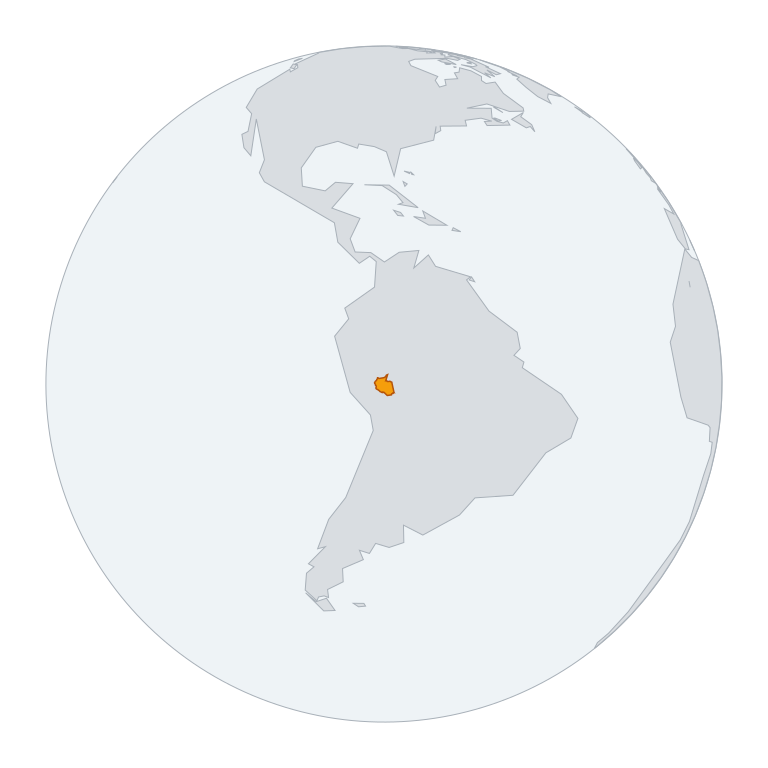 the Earth from above Madre de Dios, rotated 17°
{"feature_id": "PER-572", "entity_name": "Madre de Dios", "entity_type": "Department", "adm_level": 1, "iso_a3": "PER", "parent_name": "Peru", "parent_adm1": "", "projection": "orthographic", "projection_center": [-70.763, -11.651], "detail": "fine", "context": "on_globe", "style": "filled", "palette": "amber", "viewbox_px": 768, "rotation_deg": 17, "n_neighbors": 0, "source": "natural_earth", "source_scale": "10m", "svg_char_len": 7382}
<svg xmlns="http://www.w3.org/2000/svg" viewBox="0 0 768 768"><g transform="rotate(17 384 384)"><circle cx="384" cy="384" r="338" fill="#eef3f6" stroke="#a8b0b8"/><path d="M290.5,59.3L303.8,57.8L309.3,56.0L318.4,55.6L328.2,53.7L328.1,54.9L335.9,52.5L334.1,51.9L336.9,50.9L342.5,50.0L343.4,51.0L340.8,51.6L343.9,51.5L342.0,52.6L346.1,51.6L346.6,53.6L354.4,50.5L361.7,51.3L359.8,53.0L349.2,54.1L318.5,64.4L313.3,68.3L316.6,71.7L345.5,74.2L344.2,78.7L350.3,83.8L356.0,80.1L353.2,75.0L365.2,70.5L360.4,65.9L364.6,63.8L363.9,59.5L375.6,59.1L387.3,61.4L388.5,65.3L393.7,66.8L402.0,62.8L413.2,71.2L436.3,79.3L437.9,82.2L424.2,86.7L400.5,86.1L382.6,96.0L405.9,89.0L409.6,98.1L415.2,99.8L421.8,99.5L425.0,96.1L428.7,99.6L407.0,106.7L403.3,103.6L410.2,101.1L399.1,101.4L384.5,108.1L387.5,113.1L362.3,121.0L364.2,125.1L359.7,129.7L358.5,122.4L360.2,136.3L331.1,154.1L332.9,182.2L318.4,161.2L305.4,159.8L289.7,161.9L289.7,166.3L268.9,165.4L249.6,177.6L241.7,201.5L248.1,218.7L271.3,216.5L278.6,205.3L295.8,201.5L282.7,231.0L312.6,232.6L309.2,255.0L317.8,266.2L333.0,262.2L348.7,267.2L360.0,253.6L378.3,246.1L378.6,264.4L388.7,247.6L398.9,256.4L435.3,256.2L432.5,260.3L463.1,283.6L496.2,295.6L503.9,310.2L499.9,318.6L511.4,322.1L511.5,328.0L556.7,342.0L579.5,360.2L578.5,381.0L558.9,402.5L539.9,452.7L504.3,466.3L494.5,487.2L465.3,517.1L443.9,513.3L449.3,529.8L436.7,538.8L422.6,538.9L419.6,550.3L409.1,550.2L415.6,558.0L398.3,572.6L402.8,585.1L390.1,597.0L393.4,604.4L388.7,604.1L383.7,606.8L383.2,610.9L368.9,604.1L365.2,587.6L370.5,579.3L364.3,578.0L375.5,556.7L368.7,561.0L370.7,529.6L380.6,503.8L387.3,431.6L380.1,417.6L354.1,401.9L322.8,352.7L331.2,332.0L324.3,322.9L346.6,294.1L340.8,269.2L333.0,266.0L325.1,275.8L298.4,261.9L289.4,244.3L210.5,225.6L203.0,218.4L204.1,204.5L184.4,167.9L189.9,204.7L181.0,199.0L175.1,186.8L180.1,182.2L178.4,164.2L171.4,159.8L176.5,139.0L201.9,110.5L203.2,112.9L209.1,106.7L207.9,103.9L205.7,103.7L224.6,86.8L224.1,86.3L245.6,75.7L267.7,66.7L290.5,59.3ZM65.6,271.0L68.2,263.9L67.2,266.8L65.6,271.0ZM330.8,192.3L365.1,205.4L345.3,207.9L349.1,205.0L340.5,199.3L324.3,194.8L307.0,199.2L330.8,192.3ZM346.9,175.3L340.9,174.5L346.8,174.1L346.9,175.3ZM203.6,104.5L207.2,104.4L205.8,108.7L202.0,109.0L203.6,104.5ZM207.2,98.2L210.8,96.4L203.8,101.9L203.9,101.1L207.2,98.2ZM357.6,60.2L360.7,59.8L359.2,60.7L357.6,60.2ZM354.3,58.9L350.4,60.2L348.2,59.8L350.7,59.0L354.3,58.9ZM359.7,57.4L345.0,59.1L341.3,58.5L347.8,55.2L359.7,57.4ZM331.1,52.1L333.3,52.7L326.3,53.2L331.1,52.1ZM325.9,52.8L300.4,57.6L299.9,57.0L308.5,55.2L303.8,55.8L316.1,53.0L321.5,52.1L319.4,52.8L325.7,51.3L325.9,52.8ZM337.5,50.5L332.4,51.2L331.6,50.7L341.7,49.2L338.7,49.8L337.5,50.5ZM315.7,53.1L316.3,52.9L296.5,57.6L315.7,53.1ZM341.7,49.5L346.8,48.6L352.3,48.2L342.4,49.9L341.7,49.5ZM327.1,51.3L327.2,51.1L330.4,50.6L327.1,51.3ZM374.5,47.7L368.3,47.9L367.4,47.5L374.5,47.7ZM348.4,48.3L346.5,48.4L345.4,48.5L349.8,47.9L348.4,48.3ZM335.5,49.6L329.6,50.5L335.5,49.6ZM351.3,47.7L357.5,47.3L369.0,46.7L370.1,46.9L351.4,48.0L351.1,47.7L351.3,47.7ZM341.9,48.7L347.9,48.0L346.3,48.3L341.3,48.9L341.9,48.7ZM392.7,618.6L370.1,606.6L382.8,612.0L391.6,605.7L403.4,614.9L392.7,618.6ZM418.7,602.7L428.9,599.7L431.3,601.8L424.8,604.5L418.7,602.7ZM655.9,183.4L661.5,191.2L663.5,194.1L676.1,214.1L687.3,234.9L696.9,256.5L705.1,278.7L711.7,301.4L716.6,324.5L720.0,348.0L721.7,371.5L721.7,395.2L720.1,418.8L716.9,442.2L712.0,465.3L705.5,488.1L697.4,510.3L687.8,531.9L676.7,552.8L664.2,572.9L662.5,575.3L663.7,568.9L671.6,556.7L684.1,530.5L704.9,470.3L712.9,446.5L716.3,426.2L716.3,378.1L716.9,355.1L714.9,343.8L711.9,343.7L708.6,330.4L706.0,328.6L683.7,327.7L671.7,309.6L645.5,260.3L645.9,243.6L637.0,223.2L632.2,167.0L641.2,173.0L648.8,174.0L650.1,175.7L655.9,183.4ZM621.6,143.8L621.1,144.1L636.4,166.4L632.7,166.7L622.4,159.7L600.8,134.3L611.4,136.7L603.9,129.3L588.1,117.2L592.6,119.5L587.5,115.4L590.2,116.6L583.1,111.0L603.0,126.7L621.6,143.8ZM645.6,196.4L648.5,202.0L645.6,196.4ZM436.4,256.0L440.8,259.7L435.0,259.6L436.4,256.0ZM342.4,215.0L349.7,215.1L353.5,217.7L347.9,218.8L342.4,215.0ZM404.5,214.3L412.9,215.9L404.1,217.2L404.5,214.3ZM370.5,207.2L397.7,213.8L380.4,218.9L363.3,215.2L375.2,213.4L370.5,207.2ZM343.1,184.8L347.7,185.9L346.2,188.9L343.1,184.8ZM351.2,175.2L349.4,175.5L347.2,173.2L351.2,175.2ZM410.9,97.6L412.7,97.2L419.4,97.7L416.2,99.1L410.9,97.6ZM449.4,92.8L454.5,98.7L448.6,95.0L445.2,97.4L428.6,93.6L437.9,83.6L436.6,88.4L449.4,92.8ZM409.0,87.0L418.4,89.7L407.7,87.2L409.0,87.0ZM556.4,94.9L561.8,97.7L567.3,101.7L566.3,103.3L558.3,97.2L556.4,94.9ZM568.0,101.2L547.1,88.5L546.8,88.0L550.5,90.2L552.4,91.1L558.9,95.2L579.1,108.1L585.2,112.7L580.2,111.4L578.4,108.9L573.3,105.8L568.0,101.2ZM494.2,66.2L485.1,63.2L496.2,65.5L503.4,68.2L503.0,69.1L494.2,66.6L494.2,66.2ZM373.9,52.3L369.7,52.7L369.5,52.2L372.8,51.4L373.9,52.3ZM371.7,47.8L391.9,50.4L388.2,50.9L404.6,53.2L401.0,55.4L390.5,53.6L400.1,57.7L389.2,57.0L396.7,60.0L373.7,55.7L364.3,56.1L376.2,54.6L379.7,52.4L378.4,51.5L367.7,49.8L349.1,50.4L349.7,49.2L355.0,48.2L359.5,47.8L357.7,48.5L365.1,47.6L366.0,48.4L371.7,47.8ZM456.8,54.0L461.4,55.1L457.7,54.3L468.5,56.9L460.4,55.0L464.0,56.1L469.9,57.4L456.2,58.6L456.7,62.3L461.5,66.9L447.0,64.2L433.2,58.8L421.9,53.6L423.5,51.1L416.6,50.9L415.4,49.9L421.3,50.5L411.4,49.1L412.0,48.6L401.8,46.9L387.2,46.4L383.2,46.2L389.2,46.2L380.9,46.1L382.7,46.1L407.6,46.9L432.4,49.6L456.8,54.0ZM377.8,46.1L370.3,46.6L358.6,47.1L362.1,46.8L362.6,46.8L363.3,46.7L366.1,46.6L365.1,46.6L377.8,46.1ZM642.2,166.0L641.3,165.0L634.5,157.2L634.4,157.1L642.2,166.0Z" fill="#d9dde1" stroke="#a8b0b8" stroke-width="1"/><path d="M390.8,379.9L390.9,380.0L391.0,380.1L391.6,381.3L392.2,382.3L392.8,383.4L393.4,384.5L394.0,385.5L394.6,386.6L395.2,387.7L395.8,388.8L395.9,389.0L396.0,389.1L395.9,389.1L395.8,389.3L395.7,389.4L395.6,389.5L395.4,389.7L395.3,389.8L395.6,390.0L395.5,390.3L395.4,390.3L395.0,390.5L394.9,390.5L394.7,390.8L394.4,391.1L394.2,391.2L394.2,391.3L394.2,391.6L394.3,392.2L390.6,394.0L390.4,394.0L386.5,392.0L386.4,392.0L386.2,392.1L385.7,392.1L385.4,392.0L385.2,392.0L385.1,392.3L385.3,392.4L385.4,392.5L385.2,392.6L384.5,392.7L382.9,392.4L382.7,392.4L382.4,392.4L381.7,391.9L380.8,391.6L380.2,391.4L379.9,391.2L379.7,391.2L379.4,391.2L379.1,391.2L378.0,390.8L377.9,390.8L377.7,390.6L377.5,390.2L377.4,390.1L377.4,389.9L377.5,389.5L377.5,389.4L377.5,389.2L377.4,388.9L377.2,388.4L377.1,388.2L376.9,388.0L376.8,387.9L376.7,387.9L376.3,387.8L376.2,387.7L376.0,387.0L375.9,386.9L375.8,386.7L375.4,386.5L374.9,386.2L374.7,385.5L374.6,385.4L374.7,385.2L374.8,384.7L374.8,384.4L374.9,384.1L375.7,382.7L375.8,382.4L375.8,382.0L375.8,381.9L375.8,381.7L375.9,381.4L376.3,380.7L376.3,380.4L376.0,380.0L376.0,379.9L376.4,379.8L376.5,379.8L376.8,380.1L377.0,380.1L377.8,380.1L378.0,380.0L380.6,378.7L381.1,378.5L381.4,378.3L381.8,378.1L382.1,377.9L382.4,377.6L382.5,377.5L382.7,377.4L383.2,376.7L383.4,376.5L383.5,376.3L383.5,376.1L383.6,375.3L383.6,375.1L383.7,374.9L383.8,374.7L384.0,374.6L384.7,374.0L384.7,374.5L384.7,375.2L384.7,376.0L384.7,376.7L384.7,377.5L384.7,378.2L384.7,379.0L384.7,379.7L384.7,380.2L385.2,379.8L385.3,379.8L385.5,379.9L385.7,380.2L385.9,380.4L386.2,380.5L386.4,380.6L386.7,380.5L387.0,380.5L387.3,380.4L388.7,379.7L388.9,379.7L389.0,379.7L389.4,379.7L389.5,379.7L389.6,379.8L389.8,379.9L390.0,380.0L390.8,379.9Z" fill="#f59e0b" stroke="#b45309" stroke-width="1.5"/></g></svg>